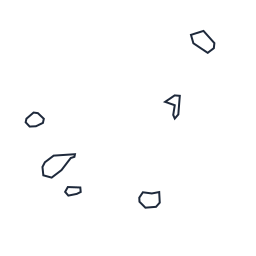 map outline of Cabo Verde (Equal Earth projection), rotated 80°
{"feature_id": "CPV", "entity_name": "Cabo Verde", "entity_type": "country or territory", "adm_level": 0, "iso_a3": "CPV", "parent_name": "Africa", "parent_adm1": "", "projection": "equal_earth", "projection_center": [-23.904, 16.006], "detail": "coarse", "context": "isolated", "style": "outline", "palette": "slate", "viewbox_px": 256, "rotation_deg": 80, "n_neighbors": 0, "source": "natural_earth", "source_scale": "50m", "svg_char_len": 746}
<svg xmlns="http://www.w3.org/2000/svg" viewBox="0 0 256 256"><g transform="rotate(80 128 128)"><path d="M163.6,211.8L159.9,219.6L151.5,219.0L147.3,215.8L142.3,206.0L144.6,184.8L147.1,185.8L147.6,189.6L157.9,200.8L163.6,211.8ZM55.9,48.9L47.2,49.8L45.5,36.8L59.4,28.2L64.3,29.6L67.8,36.5L55.9,48.9ZM196.5,108.4L207.0,109.7L210.5,114.1L209.5,124.7L202.6,129.5L198.6,129.0L193.9,124.5L196.6,115.9L196.5,108.4ZM109.5,224.6L104.6,227.8L101.2,226.4L96.4,218.3L97.7,214.2L104.3,209.3L108.2,210.9L110.3,218.4L109.5,224.6ZM123.4,76.1L126.8,80.3L123.0,81.2L113.7,78.0L108.7,86.9L104.0,76.4L105.3,71.4L123.4,76.1ZM180.0,201.0L175.7,197.5L178.3,185.3L182.8,185.7L184.0,189.9L184.2,198.5L180.0,201.0Z" fill="none" stroke="#1e293b" stroke-width="2"/></g></svg>